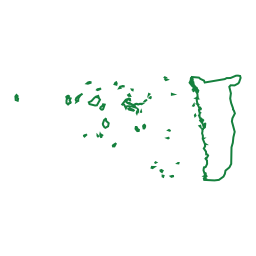 Midi, Hajjah, Yemen
{"feature_id": "15242507B83103205988735", "entity_name": "Midi", "entity_type": "district", "adm_level": 2, "iso_a3": "YEM", "parent_name": "Yemen", "parent_adm1": "Hajjah", "projection": "albers", "projection_center": [42.574, 16.143], "detail": "fine", "context": "isolated", "style": "outline", "palette": "green", "viewbox_px": 256, "rotation_deg": 0, "n_neighbors": 0, "source": "geoboundaries", "source_scale": "gbopen_adm2", "svg_char_len": 5880}
<svg xmlns="http://www.w3.org/2000/svg" viewBox="0 0 256 256"><path d="M236.0,75.7L230.5,78.0L226.6,78.1L224.8,79.1L204.7,82.5L204.0,80.6L200.4,78.9L198.9,77.6L192.0,77.0L192.0,78.5L192.5,78.5L192.8,79.9L192.5,81.1L192.0,81.3L192.7,81.7L192.3,82.3L193.2,83.5L193.5,83.2L193.6,83.8L192.8,84.8L193.8,84.8L195.6,87.2L196.7,87.8L197.2,89.2L198.3,90.6L197.9,91.9L196.7,91.7L196.4,89.9L195.9,90.6L195.1,87.8L195.1,89.0L193.5,88.6L192.2,90.6L193.5,88.7L193.9,88.8L194.8,90.1L194.1,90.4L193.7,90.8L192.9,90.6L193.5,91.1L194.6,90.2L195.6,90.2L197.4,93.9L197.6,96.6L197.2,96.4L197.5,96.8L196.8,97.5L197.4,97.9L196.7,98.2L197.3,98.3L196.8,98.4L197.5,98.8L196.6,99.0L197.1,102.4L197.8,104.0L197.4,104.1L198.1,104.5L197.8,104.7L199.2,107.8L199.5,108.1L200.2,107.7L200.9,108.7L200.7,109.3L199.3,109.6L199.4,110.1L199.1,109.7L199.2,108.9L198.9,109.9L199.4,112.1L200.2,112.8L199.7,113.2L199.5,115.4L198.5,114.7L199.6,116.3L199.7,116.8L199.2,116.1L200.5,119.0L200.5,118.4L200.8,118.6L200.5,117.8L202.0,119.9L202.6,119.6L203.2,120.2L202.6,121.3L202.1,120.7L201.4,120.9L200.8,119.6L200.1,120.5L202.6,123.5L203.7,127.0L204.3,126.6L204.0,125.0L205.0,123.9L205.0,122.9L205.3,123.7L204.9,127.3L203.0,128.7L203.0,129.3L202.4,129.8L202.5,131.0L202.1,133.3L202.9,135.8L202.8,138.5L203.5,138.5L202.8,139.0L204.7,143.5L205.6,144.1L204.9,144.1L205.1,146.3L203.8,148.5L206.0,151.6L206.2,154.4L207.4,154.5L208.1,155.6L206.6,158.2L206.0,158.0L205.5,158.7L207.0,160.5L207.1,163.9L205.7,166.9L204.6,167.5L204.6,166.5L203.8,168.0L203.5,170.3L204.5,173.4L205.5,173.2L205.7,173.7L204.8,174.3L205.0,175.3L204.6,175.7L206.2,175.6L206.4,176.0L205.1,176.3L206.0,176.6L205.6,177.5L204.4,176.8L204.3,178.0L205.0,178.3L203.9,178.7L204.2,179.9L214.4,180.4L218.9,179.9L223.5,176.6L224.9,173.8L225.5,170.6L229.4,167.4L231.2,163.9L231.5,147.3L232.8,142.8L233.4,137.2L234.7,131.8L231.9,121.4L232.4,118.3L234.9,113.4L233.8,110.4L233.0,109.5L233.1,108.5L231.1,102.9L230.2,98.5L230.9,93.3L229.3,86.8L230.6,85.3L234.6,85.4L238.0,83.6L239.0,82.5L240.6,77.9L240.1,76.0L238.0,75.6L236.0,75.7ZM99.0,98.3L98.2,95.9L96.3,96.6L96.5,97.0L97.2,96.7L97.1,97.2L96.2,96.9L96.0,96.7L94.4,97.8L91.4,101.1L88.8,102.3L89.5,104.1L95.1,105.5L96.9,105.3L100.0,99.7L99.0,98.3ZM127.6,103.1L126.4,102.0L127.3,99.3L126.4,99.4L125.7,99.9L122.2,104.4L122.6,104.7L123.5,104.4L124.2,104.7L125.9,108.2L126.7,106.4L127.7,106.2L131.8,106.4L135.8,107.6L134.3,105.7L135.0,104.5L136.6,103.9L137.7,104.4L138.4,104.5L140.0,103.9L141.6,104.2L142.2,103.8L139.9,103.8L138.4,104.3L136.8,103.8L136.0,103.8L133.1,105.1L131.3,104.0L129.1,103.8L128.9,103.1L128.5,103.0L130.6,102.5L127.6,103.1ZM105.4,127.8L108.1,126.3L108.7,123.2L106.1,120.9L106.0,119.1L105.6,118.8L104.1,120.1L102.8,123.8L103.0,124.9L104.4,127.2L105.4,127.8ZM68.5,95.8L67.5,95.9L66.3,96.9L67.0,99.0L66.5,100.3L66.5,103.0L68.1,104.5L68.6,104.2L68.8,103.3L70.4,103.0L70.7,102.3L69.6,100.5L70.6,98.4L67.4,97.5L67.3,96.9L68.1,96.3L68.4,97.3L69.0,96.2L68.5,95.8ZM103.1,104.3L102.5,105.8L100.6,107.2L100.2,108.4L101.4,109.6L102.5,109.6L103.1,109.1L104.7,104.6L103.1,104.3ZM82.5,93.7L78.2,96.3L76.3,98.0L75.7,99.6L75.9,100.4L76.7,101.0L76.4,102.0L76.9,101.7L77.1,100.9L78.2,100.9L78.3,98.4L80.3,95.4L82.5,93.7ZM17.7,100.7L18.1,98.7L17.2,97.7L17.6,96.1L16.5,95.0L15.4,96.4L15.7,100.0L17.7,100.7ZM138.7,131.0L138.9,129.8L137.7,129.1L136.6,127.0L135.8,127.0L135.5,128.8L136.1,129.7L137.3,131.1L138.7,131.0ZM145.1,126.9L145.1,125.6L144.4,124.8L143.7,125.2L143.1,126.1L143.6,128.4L144.3,128.4L145.1,126.9ZM191.2,77.7L191.3,77.4L191.0,77.9L191.1,78.9L190.3,81.3L189.6,82.7L192.1,85.9L193.9,87.5L194.3,87.2L193.8,87.1L193.4,86.2L192.4,85.9L191.0,83.5L190.5,81.6L191.3,79.6L191.1,77.9L191.5,77.6L191.2,77.7ZM130.3,108.7L129.8,108.2L128.4,108.9L129.0,109.6L133.4,110.7L133.8,110.4L133.4,109.8L130.3,108.7ZM114.4,146.4L116.1,143.2L113.2,145.1L112.8,145.7L113.0,146.4L114.4,146.4ZM90.6,82.2L89.7,82.0L88.1,82.4L86.8,83.5L87.9,83.7L90.6,82.8L90.6,82.2ZM116.7,83.4L116.2,82.3L115.3,82.8L114.6,84.2L116.4,84.7L116.7,83.4ZM162.6,170.7L161.3,170.0L160.5,170.4L160.7,171.2L161.9,172.0L162.6,170.7ZM130.1,95.9L129.3,94.3L128.1,95.1L128.6,95.8L130.1,95.9ZM101.0,88.5L97.4,89.3L97.0,89.8L97.6,90.1L99.9,89.2L101.0,88.5ZM130.1,100.1L129.9,98.8L128.9,98.5L128.3,98.8L129.2,99.9L130.1,100.1ZM154.1,167.0L151.9,166.9L151.6,167.8L152.5,168.1L154.1,167.0ZM122.8,86.0L120.1,86.7L119.2,88.2L120.1,88.0L119.7,87.6L120.0,87.1L121.4,86.5L124.6,86.4L122.8,86.0ZM84.5,136.5L86.9,134.3L85.4,135.3L85.0,135.1L84.0,135.6L84.1,136.1L84.5,136.5ZM173.8,176.1L172.4,175.9L170.9,176.3L171.5,176.8L173.8,176.1ZM101.3,137.8L101.3,136.5L100.3,134.4L100.2,134.9L101.3,137.8ZM151.6,97.3L150.5,97.1L149.7,97.8L150.5,98.1L151.1,97.2L151.6,97.3ZM163.2,176.8L163.5,175.8L162.6,175.6L162.6,176.5L163.2,176.8ZM173.4,94.4L171.9,93.9L171.9,94.7L173.4,94.4ZM98.5,137.1L98.3,136.3L97.5,135.4L97.5,135.8L98.5,137.1ZM170.5,131.0L169.0,130.0L168.5,130.3L170.5,131.0ZM200.3,125.8L199.6,126.0L200.6,127.1L200.3,125.8ZM132.6,90.2L132.7,89.6L131.8,89.5L132.0,89.9L132.6,90.2ZM193.9,105.5L193.8,104.8L193.2,105.7L193.5,105.8L193.9,105.5ZM168.1,138.4L169.3,137.6L167.4,138.1L168.1,138.4ZM167.3,79.6L166.9,79.4L165.6,79.8L165.9,80.1L167.3,79.6ZM191.7,82.9L191.2,80.7L191.1,80.9L191.2,81.6L191.7,82.9ZM195.5,115.6L195.2,114.9L194.9,115.3L195.1,116.0L195.5,115.6ZM165.5,77.6L164.8,77.3L164.6,77.5L165.0,77.9L165.5,77.6ZM101.9,136.0L102.3,135.3L102.0,135.1L101.9,136.0ZM178.5,163.0L178.1,163.0L177.7,163.3L178.4,163.4L178.5,163.0ZM138.1,110.4L138.1,109.5L137.9,109.3L137.8,109.9L138.1,110.4ZM141.0,112.6L141.2,111.9L141.1,111.5L140.9,112.0L141.0,112.6ZM145.4,100.8L145.1,100.8L144.7,101.3L144.9,101.3L145.4,100.8ZM156.0,162.5L155.6,162.3L155.3,162.7L155.4,162.8L156.0,162.5ZM149.4,94.2L149.0,94.0L148.8,94.8L149.4,94.2ZM136.8,113.3L137.1,112.4L136.9,112.2L136.7,113.1L136.8,113.3ZM146.9,100.0L146.3,100.1L145.6,100.6L146.9,100.0Z" fill="none" stroke="#15803d" stroke-width="2"/></svg>